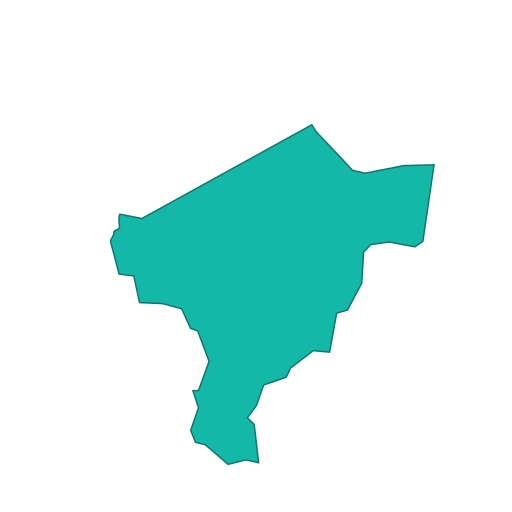 Habersham, Georgia, United States of America (Robinson projection), rotated 219°
{"feature_id": "52423323B73188542913517", "entity_name": "Habersham", "entity_type": "district", "adm_level": 2, "iso_a3": "USA", "parent_name": "United States of America", "parent_adm1": "Georgia", "projection": "robinson", "projection_center": [-83.51, 34.629], "detail": "fine", "context": "isolated", "style": "filled", "palette": "teal", "viewbox_px": 512, "rotation_deg": 219, "n_neighbors": 0, "source": "geoboundaries", "source_scale": "gbopen_adm2", "svg_char_len": 849}
<svg xmlns="http://www.w3.org/2000/svg" viewBox="0 0 512 512"><g transform="rotate(219 256 256)"><path d="M295.2,393.1L368.3,213.3L388.1,202.8L388.1,202.5L387.3,200.6L385.7,198.5L384.0,196.4L381.6,194.0L380.3,192.6L379.9,191.2L380.2,189.5L381.6,187.0L381.6,185.3L380.0,182.7L379.1,178.1L378.8,177.0L378.0,175.6L351.0,155.8L338.4,163.6L317.2,146.5L298.6,160.2L280.6,168.2L261.4,158.6L254.2,161.1L226.2,144.6L216.0,115.3L220.3,111.6L205.2,101.9L197.0,79.3L185.7,73.1L176.8,77.4L146.6,76.5L135.6,91.2L123.9,97.0L151.3,123.9L160.9,124.9L161.6,140.4L168.9,160.6L156.3,180.7L158.6,190.8L151.9,218.5L138.3,227.6L157.3,262.3L150.9,271.7L156.8,301.5L174.8,326.7L174.0,337.1L161.2,350.8L138.3,363.1L135.5,372.3L175.0,438.9L198.1,419.2L223.5,388.8L235.1,383.3L249.9,385.5L287.3,390.4L295.2,393.1Z" fill="#14b8a6" stroke="#0f766e" stroke-width="1.5"/></g></svg>